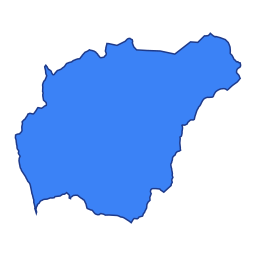 outline of San Miguel Peras, Oaxaca, Mexico
{"feature_id": "50627088B72532409428040", "entity_name": "San Miguel Peras", "entity_type": "district", "adm_level": 2, "iso_a3": "MEX", "parent_name": "Mexico", "parent_adm1": "Oaxaca", "projection": "natural_earth1", "projection_center": [-97.017, 16.925], "detail": "fine", "context": "isolated", "style": "filled", "palette": "blue", "viewbox_px": 256, "rotation_deg": 0, "n_neighbors": 0, "source": "geoboundaries", "source_scale": "gbopen_adm2", "svg_char_len": 5652}
<svg xmlns="http://www.w3.org/2000/svg" viewBox="0 0 256 256"><path d="M172.9,177.5L172.2,175.3L172.4,173.6L172.1,171.6L171.8,170.4L171.6,168.5L171.2,167.3L171.0,166.0L170.8,165.1L170.9,163.8L171.6,162.7L171.8,161.5L172.3,160.1L172.4,159.5L172.5,158.1L172.6,157.5L173.1,156.8L174.0,155.8L175.1,155.0L175.7,153.3L176.9,151.9L177.9,151.4L179.2,151.1L180.6,150.2L180.4,149.4L180.3,148.8L180.3,147.4L180.2,146.7L180.1,145.8L179.8,143.0L180.2,138.6L180.0,137.7L180.0,137.0L181.1,136.4L181.5,135.8L181.9,134.0L182.1,132.9L182.0,132.0L182.3,129.9L182.5,128.6L182.5,127.1L182.2,126.0L182.0,125.3L182.6,125.0L183.9,125.1L184.9,125.1L186.9,124.1L187.3,123.8L187.6,122.6L190.1,120.3L190.9,119.9L193.4,119.9L194.3,119.3L194.9,116.5L196.9,110.4L197.5,109.3L198.1,108.3L198.6,107.1L199.8,105.8L200.5,104.7L201.0,103.7L201.6,102.4L202.6,100.6L203.7,99.1L205.2,98.1L206.1,97.7L207.5,97.3L208.9,97.4L211.6,97.2L212.7,97.0L213.5,96.0L213.8,94.9L215.0,92.8L215.8,91.7L217.2,90.6L218.4,89.9L219.5,89.4L220.8,88.9L221.9,88.8L222.8,88.7L223.8,88.6L225.4,88.9L227.2,90.1L228.2,89.4L230.6,87.1L232.4,85.5L234.7,83.8L237.1,82.1L238.2,80.9L240.0,78.6L240.2,78.4L239.9,77.8L239.5,76.9L239.3,76.1L238.6,74.9L236.9,73.1L236.5,72.3L236.6,71.2L236.8,70.0L237.3,69.1L238.2,68.2L239.4,67.5L240.3,66.8L240.6,65.6L240.5,64.3L240.1,62.8L239.1,62.7L238.3,62.4L237.9,61.7L236.6,61.8L236.0,61.2L235.1,60.1L234.4,59.7L233.9,59.1L233.2,57.5L232.0,55.3L231.1,54.4L230.5,53.8L230.2,53.2L230.3,51.9L230.3,50.3L230.0,47.0L229.3,45.0L228.2,42.5L225.3,39.6L220.3,37.7L215.8,36.5L215.1,36.9L214.4,36.4L214.0,36.3L213.4,35.9L212.7,35.4L210.3,33.3L209.7,34.2L208.4,35.5L207.6,35.7L206.9,35.7L206.1,35.9L204.5,35.9L204.4,35.9L197.8,42.4L190.5,41.9L174.8,54.1L160.2,51.0L146.8,50.5L136.6,49.9L134.2,47.3L133.7,46.7L133.5,46.2L133.4,45.8L133.2,45.3L133.0,44.8L132.8,44.3L132.6,43.7L132.3,42.6L132.6,42.0L132.6,41.1L132.4,40.5L132.2,39.7L130.3,38.8L130.0,38.4L129.0,38.4L128.1,38.7L127.5,39.0L126.8,39.6L125.2,41.3L117.0,45.4L108.6,43.6L106.9,43.5L106.8,44.2L105.9,47.7L105.8,49.0L105.5,50.1L105.4,51.2L105.8,52.2L106.2,53.1L106.3,53.6L106.0,54.9L105.5,55.6L104.7,56.1L104.1,57.1L103.4,57.3L100.9,57.7L100.5,57.6L100.2,57.5L99.6,56.9L99.1,56.3L98.8,55.8L98.4,55.3L98.0,55.0L97.8,54.6L97.5,54.0L97.0,53.5L96.5,53.1L95.6,52.0L94.9,51.7L94.4,51.3L93.9,51.1L92.0,50.5L91.5,50.4L90.6,50.3L89.5,49.8L89.3,49.9L88.1,50.8L87.0,51.4L86.1,51.8L85.1,52.2L83.9,53.5L82.2,55.4L81.6,56.5L80.9,57.1L79.9,58.6L79.0,58.8L77.8,58.9L75.9,59.5L74.8,60.0L74.0,60.3L73.2,60.6L71.6,61.9L69.1,62.5L68.2,62.9L67.3,63.2L66.5,63.6L65.7,64.7L64.6,66.3L64.0,66.9L63.2,67.5L62.5,67.9L61.6,68.8L60.4,69.5L59.9,69.6L58.8,70.1L57.5,70.5L56.8,71.1L56.4,71.8L56.0,72.0L55.7,72.4L55.3,72.8L54.9,73.5L54.4,74.2L54.1,74.5L53.8,74.7L53.4,74.7L53.0,74.7L52.7,74.4L52.2,73.7L51.9,73.2L51.6,72.7L51.4,72.2L51.3,71.5L51.0,71.0L50.5,70.7L50.0,70.2L49.6,69.9L49.2,69.6L48.6,69.5L48.2,68.9L48.0,68.6L47.7,68.1L47.4,67.5L47.2,66.9L46.7,66.5L46.1,65.5L45.8,65.2L45.5,65.6L44.7,66.7L44.8,67.5L45.6,70.8L45.7,72.9L46.1,74.4L46.6,75.3L46.7,75.8L46.2,77.3L45.0,80.1L44.1,80.9L43.5,82.1L43.3,82.4L43.1,83.4L42.7,84.1L42.6,85.3L42.8,87.2L42.6,91.6L42.9,92.0L43.1,93.3L42.8,94.3L42.8,95.9L43.5,100.1L46.1,102.5L46.3,103.1L46.3,103.9L46.4,104.8L46.3,105.4L44.5,106.1L43.4,107.1L41.5,108.3L38.0,107.6L37.7,107.8L35.9,110.8L33.9,113.5L33.3,113.9L32.6,113.9L29.9,113.3L27.9,114.1L27.6,114.9L27.3,115.5L27.0,116.1L26.3,117.0L25.1,119.0L23.9,119.9L22.2,121.7L22.1,122.0L22.4,122.8L22.4,124.2L21.9,126.1L21.8,127.2L22.0,130.6L21.5,131.6L21.0,132.3L20.1,133.1L19.7,133.8L17.2,134.2L15.6,135.0L15.4,137.6L15.4,138.0L15.6,138.4L16.1,140.1L16.2,141.3L16.3,142.3L16.5,143.3L16.5,144.1L16.7,144.8L16.9,145.4L17.0,146.5L17.0,147.2L17.1,147.9L17.2,148.5L17.6,149.4L18.5,150.4L18.6,150.9L18.7,151.9L18.6,152.2L18.3,152.9L18.6,153.8L19.6,155.3L20.1,156.3L19.8,156.9L19.4,157.9L19.2,158.3L19.2,159.2L19.0,160.2L19.1,161.5L19.3,162.7L19.6,164.5L19.8,165.1L20.0,166.5L20.4,168.1L21.1,169.1L21.5,170.5L22.1,171.4L25.3,176.3L25.8,177.1L26.1,178.0L27.1,179.7L27.7,181.1L29.3,182.9L29.9,184.0L30.3,185.3L31.6,191.5L31.9,193.4L32.5,195.1L32.9,196.9L33.3,198.6L33.7,199.5L33.8,200.6L33.8,202.6L34.2,203.8L35.0,207.2L34.8,208.5L35.5,210.5L36.3,213.2L36.6,212.1L36.4,210.9L36.0,210.1L36.0,209.5L36.3,207.4L37.4,205.2L37.4,204.5L39.2,203.1L40.1,201.5L40.7,200.9L42.3,200.2L43.2,199.6L44.5,199.3L47.1,199.1L50.4,197.9L52.2,198.0L54.2,197.7L55.0,196.6L60.1,196.0L62.6,194.3L64.4,194.2L64.7,193.9L65.4,193.7L66.6,192.6L68.2,194.1L69.4,195.3L69.4,195.6L69.2,198.0L70.5,198.6L70.6,197.8L70.8,197.2L71.9,196.6L72.9,195.8L73.6,195.4L74.3,195.4L75.6,195.2L76.8,195.3L77.5,195.3L78.2,195.8L79.1,196.6L81.6,198.5L82.3,198.7L82.7,199.1L83.2,199.7L83.7,199.8L84.3,200.4L85.1,202.2L86.0,204.0L86.9,207.9L87.3,208.5L90.9,210.0L91.9,210.1L92.7,210.8L94.2,212.8L94.9,213.5L95.5,214.0L97.2,214.6L97.7,214.7L98.2,214.6L98.7,214.7L99.2,214.6L99.7,214.2L100.3,213.8L100.9,213.5L101.2,213.7L101.4,213.7L101.9,213.8L102.4,213.9L103.7,214.2L105.3,215.1L109.1,215.0L117.2,215.5L118.5,215.9L120.8,217.0L122.4,217.2L123.5,217.6L124.6,218.2L129.3,221.2L131.2,222.7L133.2,219.4L134.1,218.5L137.2,218.8L138.1,218.3L139.1,217.0L142.5,216.1L142.7,215.8L143.5,213.4L144.4,212.7L145.0,211.1L146.6,208.1L146.9,204.5L148.1,202.1L150.0,200.3L149.8,197.4L151.2,193.7L150.6,192.4L150.4,191.3L150.7,190.3L150.8,189.7L151.1,189.4L151.9,188.8L152.8,188.6L156.0,188.6L159.8,189.0L160.6,190.0L163.8,192.2L171.1,185.5L171.3,183.9L172.2,182.5L172.2,182.1L172.1,181.6L171.9,181.1L171.8,180.6L171.8,180.1L171.9,179.5L172.0,179.0L172.3,178.6L172.5,178.1L172.7,177.8L172.9,177.5Z" fill="#3b82f6" stroke="#1e3a8a" stroke-width="1.5"/></svg>